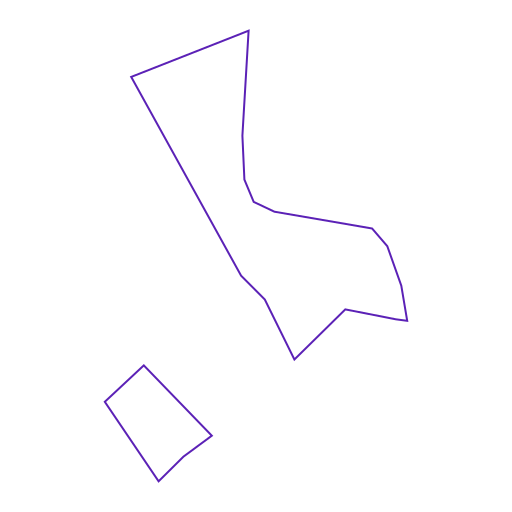 Ad Dawhah, Natural Earth projection
{"feature_id": "QAT-1099", "entity_name": "Ad Dawhah", "entity_type": "Municipality", "adm_level": 1, "iso_a3": "QAT", "parent_name": "Qatar", "parent_adm1": "", "projection": "natural_earth1", "projection_center": [51.524, 25.27], "detail": "fine", "context": "isolated", "style": "outline", "palette": "violet", "viewbox_px": 512, "rotation_deg": 0, "n_neighbors": 0, "source": "natural_earth", "source_scale": "10m", "svg_char_len": 389}
<svg xmlns="http://www.w3.org/2000/svg" viewBox="0 0 512 512"><path d="M248.6,30.7L242.4,135.7L244.4,179.6L253.7,201.9L274.4,211.7L372.1,228.5L387.3,246.2L401.3,285.7L407.2,320.8L395.8,319.3L345.3,309.4L294.4,359.5L264.8,299.5L241.1,275.7L131.2,76.9L248.6,30.7ZM211.8,435.7L183.5,456.6L158.6,481.3L104.8,401.8L143.8,365.4L211.8,435.7Z" fill="none" stroke="#5b21b6" stroke-width="2"/></svg>